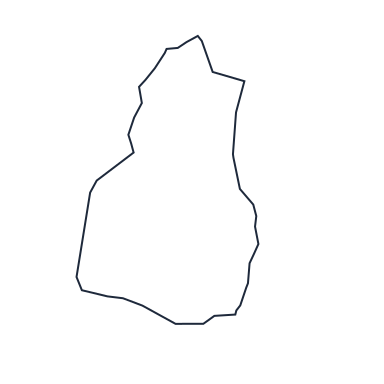 outline of Santiago Nejapilla, Oaxaca, Mexico, rotated 29°
{"feature_id": "50627088B17376037616195", "entity_name": "Santiago Nejapilla", "entity_type": "district", "adm_level": 2, "iso_a3": "MEX", "parent_name": "Mexico", "parent_adm1": "Oaxaca", "projection": "albers", "projection_center": [-97.386, 17.432], "detail": "fine", "context": "isolated", "style": "outline", "palette": "slate", "viewbox_px": 384, "rotation_deg": 29, "n_neighbors": 0, "source": "geoboundaries", "source_scale": "gbopen_adm2", "svg_char_len": 658}
<svg xmlns="http://www.w3.org/2000/svg" viewBox="0 0 384 384"><g transform="rotate(29 192 192)"><path d="M276.9,226.4L276.2,216.2L275.3,205.3L263.9,191.7L259.9,181.9L251.7,173.3L232.4,166.1L211.7,142.0L209.5,139.1L191.9,101.0L184.1,69.7L151.9,77.0L127.4,55.2L121.4,52.7L114.5,63.6L109.7,72.9L100.4,79.2L100.8,83.5L99.5,101.8L96.9,116.7L94.7,125.7L105.0,138.5L105.3,154.9L108.6,172.8L115.3,179.1L121.8,185.8L103.1,228.2L103.2,241.9L132.2,322.3L143.3,331.3L168.6,324.3L183.1,318.4L203.7,315.4L241.5,315.3L265.8,301.8L271.6,289.5L289.3,278.2L288.2,274.1L289.2,267.8L285.8,249.3L285.2,244.7L276.9,226.4Z" fill="none" stroke="#1e293b" stroke-width="2"/></g></svg>